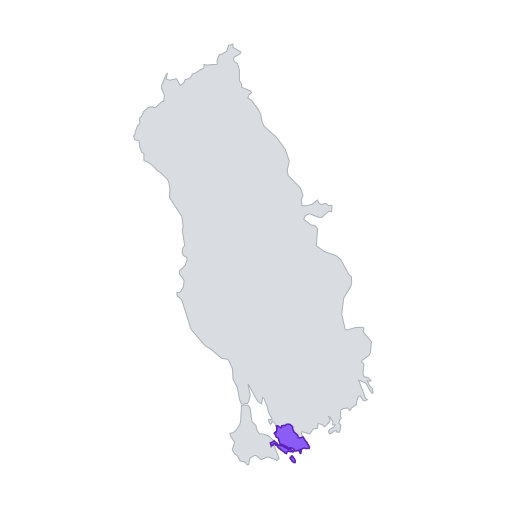 Çanakkale highlighted on a map of Turkey, rotated 250°
{"feature_id": "TUR-2239", "entity_name": "Çanakkale", "entity_type": "Province", "adm_level": 1, "iso_a3": "TUR", "parent_name": "Turkey", "parent_adm1": "", "projection": "equal_earth", "projection_center": [26.526, 40.093], "detail": "fine", "context": "in_parent", "style": "filled", "palette": "violet", "viewbox_px": 512, "rotation_deg": 250, "n_neighbors": 0, "source": "natural_earth", "source_scale": "10m", "svg_char_len": 6759}
<svg xmlns="http://www.w3.org/2000/svg" viewBox="0 0 512 512"><g transform="rotate(250 256 256)"><path d="M383.9,183.3L390.7,185.7L392.7,183.9L398.8,184.2L404.3,185.5L406.9,181.6L410.8,182.1L411.7,184.0L413.5,184.7L419.5,189.7L418.9,190.3L420.4,192.2L425.4,193.4L426.1,195.9L430.1,199.7L432.5,205.5L431.7,209.6L429.8,212.1L433.5,221.0L432.7,222.1L438.8,225.0L446.2,224.5L448.7,225.8L456.4,232.8L458.4,235.5L453.2,232.1L450.7,235.0L449.8,241.9L442.1,243.2L443.6,247.6L445.9,249.7L445.6,254.0L446.3,255.7L448.7,258.5L448.7,262.3L449.9,266.4L450.3,271.2L453.7,272.7L452.3,275.0L449.5,284.8L449.8,285.6L452.3,285.9L458.1,290.5L457.3,292.0L458.4,298.4L463.5,302.5L462.9,304.6L463.2,306.8L459.7,305.8L453.1,311.5L452.3,311.3L451.2,309.4L450.5,303.7L448.7,302.2L446.5,301.9L442.9,304.4L439.4,304.3L435.8,303.8L426.4,300.3L423.1,301.5L419.5,300.2L413.1,307.2L411.0,307.7L409.8,304.3L407.2,302.3L404.3,304.9L392.7,308.3L387.3,308.9L380.6,307.7L375.1,308.0L360.6,315.8L346.4,320.0L333.6,319.7L326.3,314.8L320.7,313.7L304.6,321.1L296.6,320.8L293.7,317.8L287.5,316.5L286.3,319.4L285.3,326.5L287.7,332.9L284.3,333.3L282.1,334.7L281.7,339.6L278.6,341.5L277.6,344.5L277.1,344.6L271.8,342.1L273.2,339.7L269.6,330.7L271.1,327.9L277.4,320.7L277.1,316.4L274.1,313.4L265.9,318.8L265.2,320.8L263.3,322.4L260.2,323.1L244.9,316.1L236.3,322.2L229.1,331.2L223.5,334.4L206.9,336.9L204.0,338.6L198.2,336.8L194.7,334.4L186.7,324.2L172.0,316.6L156.5,314.7L155.2,316.7L154.8,324.5L152.5,331.9L151.2,332.7L147.8,330.8L136.0,335.2L125.8,330.3L124.0,328.2L121.6,319.7L120.1,319.0L118.5,320.2L116.8,320.2L109.5,316.5L105.6,316.3L103.3,319.9L99.5,321.4L99.3,320.3L100.8,318.0L94.7,318.4L91.5,320.2L87.1,319.1L87.4,318.1L91.0,317.0L99.1,315.7L104.2,310.0L84.8,310.3L82.9,311.5L82.6,308.6L83.7,307.2L88.8,306.1L88.5,303.7L85.4,301.1L82.0,299.7L80.4,293.5L78.7,292.0L78.9,291.1L82.0,290.1L82.7,285.6L82.2,282.8L75.9,280.4L74.5,280.7L73.0,278.3L70.3,276.6L68.1,278.0L61.8,274.3L63.0,271.7L64.5,271.7L64.8,269.7L63.6,266.2L63.7,264.5L65.1,264.0L66.6,264.3L68.2,266.4L68.4,270.3L70.1,272.7L71.3,270.3L74.1,271.6L79.3,270.4L80.2,269.4L76.5,269.5L75.1,268.5L72.0,262.0L75.2,260.2L77.4,257.0L73.1,254.9L73.9,250.5L70.3,245.6L75.2,239.2L74.9,238.3L73.4,237.9L58.1,240.6L57.8,237.8L59.0,235.3L58.9,229.2L59.5,225.9L62.4,224.9L65.8,220.1L71.4,214.4L77.3,214.5L79.6,213.0L83.1,212.9L84.1,215.1L87.2,216.7L92.5,216.4L95.1,214.9L92.6,212.2L95.6,211.3L98.1,211.9L96.8,215.0L97.5,215.3L104.5,214.4L111.7,215.1L119.8,214.7L120.8,213.8L115.1,210.7L118.6,208.0L120.7,207.5L137.5,205.0L137.5,204.4L127.2,203.0L121.9,199.4L120.4,197.5L121.4,192.8L122.5,191.6L126.2,191.4L138.9,193.5L147.9,192.2L157.8,195.3L167.2,194.7L169.1,193.3L171.4,188.8L184.5,181.3L189.0,177.5L209.4,169.9L240.4,171.2L245.6,168.3L248.8,169.2L248.0,171.2L248.3,173.0L252.2,177.5L257.8,180.1L265.4,177.9L268.2,178.8L271.2,185.9L276.2,190.1L278.4,190.4L281.2,187.9L284.0,187.6L288.6,190.0L290.3,192.6L305.3,195.5L308.5,197.6L318.6,199.8L340.5,194.7L348.8,198.2L355.7,199.3L358.6,198.8L367.3,194.7L369.9,192.4L375.3,190.4L382.0,185.9L383.9,183.3ZM98.3,170.9L97.8,174.0L99.1,177.5L102.3,182.3L105.4,184.8L120.6,191.3L118.5,197.5L114.8,198.4L101.8,195.5L96.6,198.0L92.8,197.3L87.6,198.4L86.1,202.2L82.5,206.4L72.1,211.7L62.7,222.2L60.0,223.5L61.2,220.0L61.1,216.8L65.2,213.2L71.0,210.4L72.6,208.1L58.0,208.5L56.6,205.3L58.1,204.7L62.8,199.0L63.3,196.7L62.8,191.1L68.5,187.9L69.0,186.5L68.1,181.0L62.6,177.8L62.7,176.3L66.6,174.8L68.8,171.0L74.5,170.2L77.1,168.4L82.0,167.4L88.2,172.2L95.4,170.4L98.3,170.9ZM55.0,221.8L50.1,222.7L48.6,221.8L50.2,220.1L54.0,219.0L55.2,220.7L55.0,221.8Z" fill="#d9dde1" stroke="#a8b0b8" stroke-width="1"/><path d="M69.9,238.3L65.4,239.1L64.9,239.3L64.7,239.6L63.6,240.1L63.4,240.2L63.1,240.2L62.0,240.0L61.8,240.1L61.5,240.2L61.3,240.2L61.1,240.5L60.8,240.6L60.6,240.4L58.9,240.9L58.1,240.9L57.2,240.4L57.1,239.8L57.7,238.3L58.0,236.9L58.8,236.2L59.0,235.5L59.2,234.0L59.1,233.7L58.7,232.9L58.6,232.5L58.6,232.3L58.7,232.2L58.8,232.1L58.9,231.9L58.9,231.3L59.0,230.5L58.9,230.3L58.6,230.2L58.7,229.9L59.0,228.5L59.0,228.3L58.9,227.8L58.9,227.5L58.9,227.3L59.1,226.9L59.2,226.6L59.3,226.4L59.7,225.6L59.9,225.4L61.0,225.8L61.4,225.6L62.1,225.2L62.3,225.1L63.2,224.2L63.4,223.9L63.5,223.6L63.5,223.3L63.6,223.1L63.6,222.9L63.6,222.7L63.9,222.7L64.0,222.7L64.2,222.3L64.3,221.7L64.3,221.2L64.1,220.8L64.3,220.4L64.4,220.2L64.5,220.2L64.8,220.2L65.1,220.1L65.7,219.9L66.4,219.7L66.8,219.3L67.7,218.1L67.9,217.9L68.1,217.9L68.4,217.7L68.7,217.5L70.9,214.7L71.4,214.3L72.3,214.3L74.1,214.4L74.8,214.3L75.1,214.3L75.6,214.6L76.8,214.8L77.3,214.6L77.9,214.2L78.4,213.5L79.1,213.0L80.1,212.9L80.8,213.1L81.6,213.1L82.1,213.0L82.8,212.5L83.1,212.5L83.5,212.8L83.7,213.2L84.0,214.1L83.7,214.3L83.5,214.1L83.4,214.2L83.3,214.3L84.2,215.3L85.4,216.1L86.7,216.6L88.2,217.0L88.8,217.0L89.0,216.9L89.3,217.1L89.1,218.3L88.0,218.9L86.6,220.5L86.2,220.6L86.0,220.8L86.4,221.6L87.2,222.0L87.6,222.1L87.6,222.8L87.3,223.7L87.2,224.4L87.0,225.1L86.8,225.3L86.6,225.8L87.0,226.4L87.4,226.7L87.3,227.8L86.9,229.0L86.4,230.0L85.6,230.7L84.7,231.0L83.8,231.7L82.9,232.0L81.3,231.5L79.8,231.2L79.2,231.5L78.5,231.5L77.5,231.5L76.6,232.2L75.1,232.9L74.3,233.5L73.4,233.9L71.4,233.6L70.6,233.8L69.9,236.0L69.9,238.3ZM76.2,209.9L75.9,210.0L75.1,210.2L73.9,211.0L73.6,211.3L73.2,211.6L71.9,211.7L71.5,212.0L70.8,212.6L70.5,212.7L70.3,212.9L70.1,213.7L69.8,214.1L69.2,214.4L69.0,214.6L69.0,215.1L68.8,215.6L68.5,215.9L67.4,217.0L67.2,217.1L66.6,217.3L66.3,217.5L65.8,218.0L65.7,218.2L65.2,218.9L64.8,219.2L64.3,219.5L63.8,219.7L63.4,219.8L63.1,220.0L63.1,220.6L63.4,221.1L63.7,221.3L62.7,222.3L62.4,222.6L61.5,223.0L60.9,223.7L60.6,223.8L59.5,224.2L59.2,224.2L59.1,223.8L59.3,223.4L59.7,223.0L60.0,222.4L60.2,221.8L60.3,221.5L61.2,220.2L61.5,219.2L61.4,218.4L61.0,217.8L60.3,217.3L60.6,217.1L60.5,216.8L60.3,216.7L60.2,216.6L60.4,216.4L60.6,216.1L60.8,216.1L61.0,215.8L62.1,215.4L62.5,215.4L62.9,214.8L63.9,214.2L64.9,213.3L66.2,212.9L67.1,212.0L67.7,211.7L68.4,211.4L69.0,211.2L70.0,211.3L70.3,211.2L70.6,210.9L71.0,210.2L71.3,209.9L71.8,210.1L72.5,209.9L73.1,209.4L73.4,208.8L72.7,207.4L72.5,207.2L72.3,207.2L72.5,205.4L72.4,205.3L75.6,205.6L75.5,207.8L76.2,209.9ZM55.9,221.0L55.9,221.5L55.5,221.8L55.0,222.0L53.6,222.2L52.6,222.6L50.7,222.9L50.2,222.9L49.7,222.7L49.4,222.4L48.5,222.1L48.5,221.9L49.0,221.1L49.7,220.4L50.6,219.8L52.0,219.6L53.8,218.9L54.1,218.8L54.4,218.9L54.5,219.0L54.8,219.4L55.1,219.4L55.1,219.6L55.0,219.9L55.0,220.2L55.0,220.6L55.1,220.8L54.9,221.2L55.1,221.3L55.5,221.2L55.8,221.0L55.9,221.0ZM57.0,230.2L57.3,230.0L57.4,230.3L57.4,231.3L57.3,231.7L56.9,231.6L56.2,231.2L55.6,230.9L55.3,230.6L55.2,230.3L55.4,230.1L55.8,230.0L56.5,230.0L56.8,230.0L57.0,230.2Z" fill="#8b5cf6" stroke="#5b21b6" stroke-width="1.5"/></g></svg>